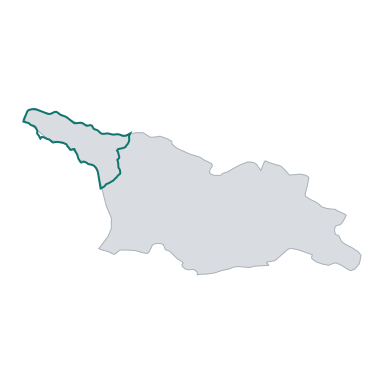 Abkhazia on a map of Georgia (orthographic projection)
{"feature_id": "GEO-3015", "entity_name": "Abkhazia", "entity_type": "Autonomous Republic", "adm_level": 1, "iso_a3": "GEO", "parent_name": "Georgia", "parent_adm1": "", "projection": "orthographic", "projection_center": [41.203, 42.991], "detail": "fine", "context": "in_parent", "style": "outline", "palette": "teal", "viewbox_px": 384, "rotation_deg": 0, "n_neighbors": 0, "source": "natural_earth", "source_scale": "10m", "svg_char_len": 3821}
<svg xmlns="http://www.w3.org/2000/svg" viewBox="0 0 384 384"><path d="M197.3,274.9L197.3,273.6L196.9,271.7L195.2,270.3L193.0,269.4L189.0,269.9L185.2,269.0L182.4,266.5L181.8,264.6L183.3,263.0L182.1,261.8L177.4,258.8L169.6,251.2L165.3,249.6L163.5,244.8L161.8,243.8L158.1,243.4L154.3,243.9L153.5,244.5L152.3,245.3L149.4,251.4L147.3,253.5L142.1,252.6L137.8,251.2L134.3,250.5L127.6,250.0L119.9,250.0L114.7,254.3L112.5,253.8L108.5,251.7L102.2,250.0L98.8,248.7L108.4,235.9L111.3,228.3L111.3,223.7L111.4,218.0L106.3,206.0L102.0,189.1L97.5,171.4L94.0,166.1L79.5,160.0L76.2,153.0L65.1,144.0L49.7,140.0L46.7,138.3L33.4,126.9L23.0,119.5L25.3,115.1L28.4,110.6L31.6,109.5L41.0,111.4L49.7,113.6L56.0,112.1L63.5,115.8L70.4,120.0L77.3,123.0L90.9,125.8L95.9,129.6L101.9,133.5L125.0,135.3L126.9,134.7L128.6,134.1L136.3,132.6L143.2,132.8L150.5,137.3L155.2,137.0L160.1,136.2L166.5,138.5L171.6,141.2L172.1,144.1L176.6,148.1L189.6,154.0L200.1,157.2L203.4,159.6L211.4,163.5L212.2,164.8L212.1,166.5L210.0,169.6L209.5,172.4L210.6,173.9L213.9,175.3L220.5,175.4L222.8,173.4L227.6,171.8L232.3,169.1L238.7,165.5L247.3,162.1L250.8,162.0L254.2,162.8L256.6,164.4L260.8,170.5L264.4,161.6L265.4,160.9L269.0,162.5L275.5,164.6L280.0,165.7L282.4,167.4L289.6,175.1L300.4,174.1L305.1,175.1L307.7,176.3L308.9,177.8L307.3,185.9L305.1,194.3L305.4,196.3L309.9,199.2L316.1,202.2L319.5,204.6L321.8,206.9L326.6,208.4L332.3,209.2L334.9,209.2L337.8,211.0L345.2,214.4L346.2,215.2L345.1,217.7L342.5,222.3L340.3,224.7L337.8,225.2L335.4,226.3L334.6,228.7L334.7,231.8L335.2,233.9L335.9,234.7L338.6,235.3L341.5,241.5L345.7,244.5L352.2,247.8L358.0,251.6L361.0,255.2L360.6,258.1L359.2,264.0L354.8,269.1L351.0,270.6L349.6,270.2L346.9,268.8L341.6,265.4L335.9,262.8L331.7,264.0L328.9,265.3L323.3,264.3L316.6,262.1L313.1,259.8L311.5,258.0L312.3,254.7L297.2,249.5L289.9,248.3L286.8,250.2L276.2,259.6L275.0,260.6L266.7,262.2L266.7,262.9L268.7,264.8L268.4,265.4L254.3,266.2L249.7,267.5L237.1,266.5L233.0,267.3L229.6,268.8L221.1,270.7L215.2,272.8L207.7,274.0L199.9,274.3L197.3,274.9Z" fill="#d9dde1" stroke="#a8b0b8" stroke-width="1"/><path d="M32.3,109.1L35.7,109.1L47.7,113.8L49.7,114.0L51.2,113.6L54.4,112.0L56.2,111.8L57.6,112.5L58.1,112.9L60.5,114.8L65.5,116.6L67.1,117.5L73.8,122.9L75.3,123.3L80.5,122.7L82.1,123.0L83.7,123.8L85.3,125.1L87.0,125.8L90.5,125.1L92.0,125.7L92.4,126.4L93.1,127.9L93.6,128.6L94.3,129.2L96.9,130.0L98.2,130.8L100.4,133.0L101.7,133.7L103.5,133.9L107.1,133.4L108.9,133.6L112.1,134.5L113.7,134.6L117.1,134.2L118.6,134.3L120.0,134.7L121.6,135.4L123.1,135.9L124.7,135.9L126.3,135.6L130.2,133.4L129.5,135.0L129.0,136.7L129.2,138.7L129.2,140.6L128.5,142.5L127.6,144.1L126.4,145.4L125.5,147.0L122.9,148.1L118.1,149.1L117.8,149.6L117.0,150.6L117.9,151.7L118.3,153.1L118.6,154.7L118.7,155.0L119.1,156.2L119.3,157.6L118.6,158.7L118.0,159.1L117.4,159.7L117.4,160.4L117.8,161.0L118.3,164.1L118.3,165.9L118.5,167.5L119.9,169.9L120.1,171.5L120.3,172.8L119.9,174.1L119.0,174.6L117.9,175.5L117.2,176.6L113.2,180.6L108.9,183.1L106.3,184.1L105.6,184.9L104.5,186.3L102.6,187.5L102.1,187.8L100.9,188.4L100.6,188.5L98.0,172.7L97.2,170.0L95.9,167.7L94.2,165.9L92.2,164.8L88.4,164.1L87.6,163.6L86.8,162.9L85.6,162.2L84.3,161.7L83.4,161.6L82.8,161.8L81.8,162.4L81.1,162.5L80.6,162.2L78.4,158.7L77.2,154.6L75.2,151.0L74.3,149.0L73.1,149.1L71.2,149.9L69.9,149.5L68.4,147.2L67.6,146.7L67.6,146.3L66.4,144.3L66.1,144.1L62.5,142.6L57.5,141.9L55.2,142.0L53.6,142.4L53.0,142.5L52.4,142.2L51.5,141.3L51.0,141.1L50.8,140.9L49.9,140.0L49.5,139.6L49.0,139.4L47.5,139.1L43.5,137.2L41.7,137.0L40.4,138.6L39.9,138.1L39.2,136.2L38.7,135.4L37.6,134.2L37.1,133.5L37.4,131.3L36.6,129.3L35.6,127.5L34.8,126.5L33.3,125.8L30.6,124.9L29.0,123.3L28.3,122.9L26.1,122.5L24.6,121.9L23.4,121.6L23.7,120.4L27.1,111.8L27.8,110.7L29.0,109.9L32.3,109.1Z" fill="none" stroke="#0f766e" stroke-width="2"/></svg>